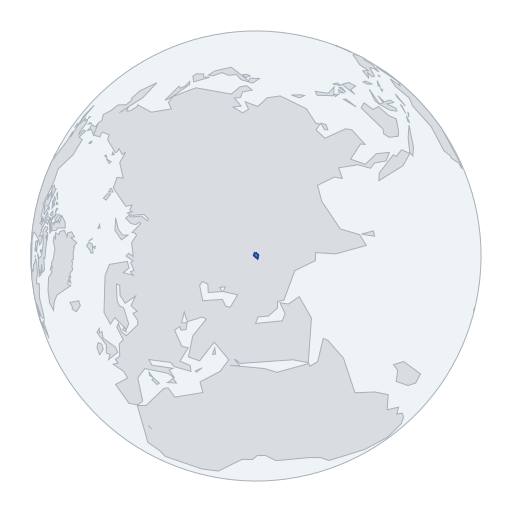 Samangan highlighted on a globe, orthographic projection, rotated 285°
{"feature_id": "AFG-1773", "entity_name": "Samangan", "entity_type": "Province", "adm_level": 1, "iso_a3": "AFG", "parent_name": "Afghanistan", "parent_adm1": "", "projection": "orthographic", "projection_center": [67.514, 36.0], "detail": "fine", "context": "on_globe", "style": "filled", "palette": "blue", "viewbox_px": 512, "rotation_deg": 285, "n_neighbors": 0, "source": "natural_earth", "source_scale": "10m", "svg_char_len": 11679}
<svg xmlns="http://www.w3.org/2000/svg" viewBox="0 0 512 512"><g transform="rotate(285 256 256)"><circle cx="256" cy="256" r="225" fill="#eef3f6" stroke="#a8b0b8"/><path d="M294.7,34.1L299.8,36.2L318.3,43.8L329.0,46.9L322.8,46.1L346.6,53.4L359.8,60.7L341.8,52.2L337.6,51.2L345.0,55.6L342.4,55.6L344.4,58.0L340.5,57.9L330.3,53.6L327.6,53.6L333.1,56.8L332.6,59.1L325.0,54.3L323.5,58.1L306.1,52.9L289.0,42.4L276.3,41.6L250.6,36.9L249.8,38.2L239.6,38.0L235.0,39.6L231.5,38.8L230.8,40.8L234.8,41.3L235.9,42.5L233.5,43.6L228.7,42.6L229.2,41.9L226.5,42.3L225.1,41.4L224.5,42.5L218.9,41.5L220.9,44.3L213.5,45.1L210.7,44.0L215.7,41.7L221.7,35.6L220.5,34.8L213.8,35.5L191.2,41.0L187.9,41.6L180.0,44.0L179.7,44.5L185.7,42.8L183.1,44.8L190.8,43.2L190.9,44.0L196.9,43.8L190.9,46.6L181.8,49.6L176.5,50.1L172.3,51.6L173.3,53.7L159.4,57.8L143.4,66.5L140.3,67.6L141.8,64.3L152.2,57.2L154.1,55.1L147.7,59.5L140.2,63.1L136.8,65.2L134.2,67.1L135.0,67.1L131.4,69.2L136.3,65.1L139.7,63.1L138.1,64.2L143.0,61.2L143.9,60.6L159.2,52.6L175.2,45.7L191.6,40.1L208.4,35.8L225.5,32.8L242.8,31.1L260.2,30.8L277.5,31.7L294.7,34.1ZM301.2,35.3L302.1,35.5L303.1,35.8L299.6,35.1L300.2,35.1L301.2,35.3ZM337.4,49.6L333.1,47.5L338.2,49.6L337.4,49.6ZM345.4,58.4L347.5,59.1L347.6,60.1L345.4,58.4ZM199.8,42.4L198.4,43.1L198.0,42.8L199.8,42.4ZM203.8,41.8L204.3,41.0L206.3,40.6L205.9,41.1L203.8,41.8ZM341.9,60.9L341.5,62.6L340.1,60.1L341.9,60.9ZM202.6,43.1L209.7,40.0L213.2,39.5L214.5,41.2L202.6,43.1ZM340.2,63.1L339.5,67.7L344.0,69.4L330.7,67.7L335.7,64.0L333.3,60.5L337.1,62.8L340.2,63.1ZM237.1,41.0L232.7,40.5L238.6,39.9L237.1,41.0ZM240.7,40.4L257.2,37.9L262.5,39.6L255.9,39.8L264.6,41.5L259.1,43.4L253.0,43.0L250.7,41.4L250.4,43.4L240.7,40.4ZM323.5,66.3L321.8,67.0L321.6,65.5L323.5,66.3ZM236.7,42.9L239.6,42.1L244.4,43.4L239.6,45.3L239.6,44.2L236.7,42.9ZM269.6,41.2L272.3,42.7L268.6,44.6L269.1,45.5L259.4,43.7L269.6,41.2ZM237.3,44.5L237.0,46.3L232.6,46.8L234.3,43.8L237.3,44.5ZM247.7,43.0L249.8,43.8L247.1,43.9L247.7,43.0ZM216.7,50.3L220.0,49.0L222.8,49.4L216.7,50.3ZM237.2,46.9L238.7,46.7L240.2,46.9L239.1,48.2L237.2,46.9ZM257.4,45.3L255.3,45.9L261.2,46.1L258.7,47.9L252.6,46.4L254.2,47.8L253.4,48.4L249.3,46.6L257.4,45.3ZM242.4,50.0L233.9,49.2L227.1,51.5L224.4,51.0L235.8,47.6L242.4,50.0ZM246.8,48.1L243.5,49.1L241.8,47.8L243.1,46.4L246.8,48.1ZM259.1,49.7L264.6,47.4L265.7,47.8L259.1,49.7ZM240.8,50.8L242.9,51.0L240.5,51.1L240.8,50.8ZM253.8,50.2L255.6,49.3L256.9,49.8L253.8,50.2ZM245.6,52.4L242.8,52.0L243.6,50.9L245.6,52.4ZM249.6,51.6L250.9,52.5L245.5,50.7L250.2,51.0L249.6,51.6ZM254.7,50.9L256.0,50.9L253.8,51.2L254.7,50.9ZM244.2,57.0L237.3,55.0L239.0,52.5L245.5,54.6L244.2,57.0ZM36.3,258.8L38.9,220.5L43.2,213.2L47.9,199.9L80.8,180.1L83.3,188.6L104.1,201.2L105.9,205.1L98.7,214.3L110.4,240.0L119.9,234.5L135.4,251.3L148.7,256.6L162.0,237.9L140.1,228.7L141.1,216.9L162.4,215.6L182.2,224.3L183.2,220.0L174.7,206.6L183.3,201.2L172.2,201.4L173.7,206.8L166.8,207.4L165.0,202.6L168.1,200.7L163.3,196.5L149.7,207.6L149.8,214.2L134.7,209.8L133.3,220.7L127.7,223.1L128.0,205.7L131.1,200.9L128.2,179.3L123.6,183.8L126.0,204.8L123.4,201.7L117.2,208.9L119.9,201.0L118.5,177.8L107.6,173.3L86.6,184.1L81.7,180.5L80.8,171.5L95.6,153.6L104.9,163.6L110.2,158.3L114.5,146.0L116.9,150.4L119.8,146.9L123.9,150.4L135.7,146.6L140.7,149.5L151.2,140.0L155.2,140.5L147.9,145.8L145.5,151.4L158.8,159.5L163.1,158.6L168.8,152.0L171.8,155.5L175.6,148.1L186.1,150.0L176.5,141.9L182.9,134.8L192.4,132.0L192.8,128.5L177.4,133.2L172.8,136.6L171.6,141.6L157.5,150.6L151.7,149.7L159.9,135.5L152.5,133.0L162.1,123.8L197.9,115.3L209.9,116.5L217.5,133.1L211.4,136.5L205.6,132.1L205.6,142.7L208.2,138.7L210.6,141.8L217.4,136.6L219.5,138.6L222.4,130.5L225.7,132.4L223.8,137.6L236.6,132.4L245.0,135.3L246.9,133.2L246.6,130.2L257.5,136.3L258.4,134.6L255.2,131.8L255.0,126.7L258.8,120.3L262.3,122.7L261.4,125.4L264.9,135.0L261.9,142.2L263.8,142.6L267.2,137.0L263.0,125.1L264.3,120.6L267.2,125.8L266.2,123.5L268.0,122.1L273.1,123.2L270.3,117.4L284.8,100.5L296.0,101.5L297.0,107.5L310.9,100.2L322.5,103.2L319.5,100.4L324.2,95.9L320.6,94.9L319.5,93.3L329.8,82.7L335.0,82.6L336.0,76.1L334.5,74.9L330.7,74.5L330.7,67.7L344.0,69.4L346.8,72.0L353.3,71.9L358.7,78.1L366.2,83.6L368.5,91.4L374.2,95.6L376.1,95.1L385.3,100.9L397.7,115.4L379.4,105.6L359.1,86.9L366.7,94.3L362.5,93.5L363.7,96.8L369.3,102.4L371.4,102.5L367.8,117.7L376.3,136.3L381.6,131.6L388.5,134.4L402.9,154.4L406.0,190.3L415.2,196.7L418.1,202.8L415.3,209.4L411.0,200.6L405.0,200.0L403.0,194.3L397.0,202.8L393.9,195.2L390.8,206.0L395.8,210.8L402.2,205.7L400.9,219.1L411.8,225.9L416.9,238.1L411.3,266.5L399.8,279.3L399.9,283.6L393.3,281.4L387.6,292.1L402.1,309.7L402.7,316.0L392.0,332.4L391.3,328.0L374.0,322.3L372.9,337.9L386.0,345.8L390.6,358.0L381.4,357.0L376.5,346.4L370.4,343.9L370.5,330.8L362.6,313.0L353.2,319.4L352.5,311.3L340.2,297.1L325.8,305.4L304.0,330.3L303.4,350.5L294.8,359.9L278.7,332.4L274.7,312.5L266.9,314.6L251.9,297.3L220.4,294.3L217.7,288.5L211.3,290.3L201.1,283.3L197.7,273.7L190.7,273.0L200.2,298.2L208.0,299.0L217.0,291.3L218.0,299.8L228.0,308.2L210.4,325.6L166.5,334.1L165.3,318.4L148.1,268.4L150.3,263.9L150.4,263.3L150.4,262.3L145.6,269.1L143.7,259.3L149.5,293.4L149.1,306.5L165.8,334.9L163.5,336.6L169.8,342.9L193.8,342.3L193.2,347.1L180.0,366.9L149.5,387.0L155.4,405.9L156.3,419.5L141.4,422.5L146.9,432.9L139.8,432.9L142.1,437.9L138.7,440.2L131.6,439.7L115.0,430.0L110.6,425.2L97.3,411.1L77.4,379.5L78.0,370.4L75.1,359.6L63.5,328.3L65.8,316.8L63.5,308.8L58.4,305.2L56.1,295.5L53.3,292.1L38.5,275.2L36.3,258.8ZM64.4,195.8L62.3,199.4L62.2,199.4L64.4,195.8ZM199.9,244.5L213.8,248.3L213.1,233.6L218.4,234.1L216.2,229.1L212.9,232.6L208.4,219.3L216.4,216.8L217.5,210.7L212.9,209.2L199.0,216.1L205.4,234.8L199.8,239.5L199.9,244.5ZM139.9,63.3L139.4,63.7L136.3,65.8L136.7,65.3L139.9,63.3ZM128.5,73.9L122.9,77.2L127.2,74.2L126.7,73.8L135.3,67.4L139.2,67.9L135.9,68.6L128.5,73.9ZM147.8,59.8L141.9,63.3L148.2,59.5L147.8,59.8ZM131.5,125.9L130.9,129.7L126.4,132.6L120.1,130.5L126.5,126.1L131.5,125.9ZM131.2,134.6L141.1,122.0L145.5,123.4L141.3,124.6L143.2,126.8L137.1,129.5L131.6,143.8L127.2,147.4L117.8,140.4L123.2,140.5L123.5,136.5L131.2,134.6ZM158.7,92.3L163.0,88.3L166.9,96.3L162.4,99.2L155.7,96.8L157.1,92.0L158.7,92.3ZM203.7,47.3L205.1,46.2L206.4,46.3L206.3,47.3L203.7,47.3ZM218.0,49.6L198.9,52.7L199.5,51.4L187.6,55.4L184.6,53.8L192.5,51.1L181.2,53.2L187.1,50.2L179.3,52.2L197.1,46.4L202.0,44.2L197.7,47.2L200.3,48.6L202.9,48.6L213.8,47.1L225.5,43.7L229.9,45.1L230.0,47.0L227.8,48.0L225.6,46.6L224.3,49.0L219.5,47.9L218.0,49.6ZM227.5,75.7L225.8,72.5L222.4,79.4L217.6,77.4L217.5,78.3L212.1,78.5L205.4,80.5L203.9,79.1L201.9,80.6L198.3,80.9L195.1,82.5L191.3,80.7L187.1,82.6L187.7,80.7L181.4,84.6L184.4,81.0L180.0,81.5L179.4,84.7L166.7,73.8L159.1,73.0L151.1,74.5L157.2,68.8L168.6,64.1L181.5,61.2L188.0,63.2L189.6,60.6L193.2,60.9L190.4,62.8L196.8,60.1L199.0,61.0L210.5,60.0L218.3,56.2L222.7,56.0L220.7,57.9L226.5,56.4L225.8,60.2L228.9,60.2L231.3,64.3L225.7,68.5L229.7,68.3L231.7,71.7L227.5,75.7ZM244.7,58.1L239.1,63.0L233.7,64.5L231.7,56.9L229.0,56.4L227.5,52.2L235.4,50.3L235.1,51.6L236.6,52.5L233.5,52.7L237.2,53.2L236.8,55.1L239.5,56.1L237.0,57.4L244.7,58.1ZM110.9,203.3L112.9,205.3L116.6,207.3L112.7,212.1L110.9,203.3ZM109.6,187.5L111.8,188.3L108.2,195.5L106.2,193.6L109.6,187.5ZM116.1,182.8L112.2,187.8L113.1,184.0L116.1,182.8ZM150.2,146.3L152.9,146.9L152.0,148.7L149.1,150.4L150.2,146.3ZM216.4,97.8L216.3,95.3L217.9,94.9L222.0,89.6L226.0,91.0L225.0,94.8L216.4,97.8ZM156.5,240.0L150.8,242.4L149.6,239.7L151.8,239.4L156.5,240.0ZM129.3,227.2L134.1,232.9L128.3,228.5L129.3,227.2ZM221.4,98.4L222.6,96.0L223.8,98.3L221.4,98.4ZM229.0,91.8L230.9,94.0L226.9,90.6L229.0,91.8ZM259.7,480.3L263.0,480.5L259.1,480.6L259.7,480.3ZM192.3,426.0L184.7,445.4L174.7,443.1L170.2,436.3L171.2,423.9L182.1,422.5L186.7,417.0L192.3,426.0ZM429.7,367.6L433.8,365.6L433.5,366.5L429.7,367.6ZM425.6,367.7L430.5,364.9L424.5,370.0L425.6,367.7ZM432.4,363.7L437.4,358.9L439.6,356.1L439.0,358.0L432.4,363.7ZM422.1,369.9L401.7,380.0L393.2,381.6L395.6,377.8L409.4,372.4L422.1,369.9ZM394.9,378.0L381.4,374.7L360.5,355.2L368.1,353.6L389.4,362.4L388.2,365.5L396.3,369.1L394.9,378.0ZM426.1,347.5L424.7,356.0L413.8,361.2L408.6,362.5L405.1,353.9L407.1,347.7L411.4,345.9L426.3,319.2L431.9,320.6L427.8,331.1L432.2,335.6L426.1,347.5ZM304.5,352.2L310.6,363.0L305.8,365.5L304.5,352.2ZM430.9,302.4L425.9,314.3L430.0,300.0L430.9,302.4ZM432.5,290.0L433.6,294.0L430.5,291.4L432.5,290.0ZM401.1,289.6L396.5,292.7L395.7,289.7L401.0,284.0L401.1,289.6ZM420.7,248.5L423.3,257.7L423.4,261.3L420.0,256.9L420.7,248.5ZM256.6,110.5L246.4,115.9L241.7,121.5L243.1,127.0L236.8,121.9L244.1,113.2L256.6,110.5ZM280.9,101.3L279.6,97.0L283.1,97.7L283.8,98.8L280.9,101.3ZM278.1,99.5L271.2,96.7L272.3,93.6L277.6,96.4L278.1,99.5ZM246.0,96.7L242.7,98.1L241.8,96.2L246.0,96.7ZM427.6,402.0L398.3,429.6L393.4,432.4L398.3,427.7L401.1,419.1L403.0,418.1L406.3,410.3L426.2,391.8L441.5,368.5L448.4,362.9L456.1,346.4L461.8,339.9L457.7,351.1L460.9,349.0L469.8,323.4L467.1,334.7L459.5,352.7L450.3,370.1L439.6,386.5L427.6,402.0ZM439.7,361.4L445.9,351.3L448.7,348.5L439.7,361.4ZM475.6,306.5L474.7,309.8L473.8,309.2L470.8,319.1L465.5,327.2L467.5,321.6L467.3,317.3L460.4,323.9L459.0,322.0L461.9,316.5L456.7,319.1L462.5,311.3L464.4,316.3L467.5,306.8L471.8,301.9L475.1,297.8L476.7,297.9L476.0,301.4L476.0,304.4L475.6,306.5ZM461.6,327.8L462.5,326.7L461.4,329.9L461.6,327.8ZM477.3,295.3L479.5,283.0L479.7,281.6L478.1,292.7L477.3,295.3ZM479.4,280.5L480.0,278.5L479.9,280.4L479.8,281.9L479.4,280.5ZM449.8,333.1L449.4,335.4L447.7,335.2L449.8,333.1ZM452.1,329.9L456.8,327.6L451.5,332.1L452.1,329.9ZM435.1,335.5L436.9,339.4L442.4,332.3L438.1,339.9L441.4,345.3L439.9,349.3L436.8,343.1L434.9,353.0L432.4,354.5L431.5,347.7L434.3,336.5L436.7,330.8L446.4,322.2L435.1,335.5ZM452.2,323.9L450.8,319.2L451.8,314.4L453.3,316.2L452.2,323.9ZM445.9,308.3L441.2,304.3L437.7,309.6L444.1,294.5L447.6,300.8L445.9,308.3ZM440.8,295.5L437.6,300.4L440.4,292.1L440.8,295.5ZM436.3,298.6L435.2,293.9L438.1,292.7L436.3,298.6ZM442.6,294.4L441.9,285.5L444.1,289.4L442.6,294.4ZM431.9,283.6L439.5,287.7L430.9,289.5L427.1,273.4L430.4,270.7L431.9,283.6ZM428.5,203.7L425.7,199.6L427.8,196.3L429.1,200.0L428.5,203.7ZM431.9,183.2L427.4,194.1L423.3,203.5L426.2,204.1L428.3,213.3L422.1,208.1L422.5,195.8L426.2,190.2L423.5,182.9L424.3,175.6L419.1,168.0L418.4,163.2L424.2,168.5L431.9,183.2ZM416.7,165.0L408.0,150.7L413.4,148.5L416.5,151.1L418.2,158.4L415.3,159.1L416.7,165.0ZM407.5,146.8L404.5,147.5L385.5,131.5L382.9,127.7L400.2,137.8L398.3,139.2L402.0,143.8L407.5,146.8ZM324.0,68.1L322.0,67.1L324.3,67.2L324.0,68.1ZM317.4,92.9L316.4,90.7L319.2,90.7L317.4,92.9ZM314.9,85.0L312.5,86.5L313.6,83.9L314.9,85.0ZM307.4,90.2L310.9,86.6L309.7,91.6L307.4,90.2Z" fill="#d9dde1" stroke="#a8b0b8" stroke-width="1"/><path d="M256.5,253.5L256.8,253.6L257.0,253.7L257.8,253.8L258.1,253.7L258.3,253.7L258.2,253.8L258.1,254.0L258.3,254.4L258.6,254.8L258.7,255.0L258.8,255.0L259.1,255.2L259.2,255.3L259.1,255.6L258.7,256.0L258.6,256.4L258.5,256.6L258.1,257.2L258.0,257.3L258.1,257.5L258.0,257.8L257.8,258.1L257.6,258.2L257.4,258.2L257.1,258.2L256.9,258.1L256.7,258.2L256.3,258.1L256.2,258.1L255.6,258.3L255.5,258.2L255.4,258.2L255.0,258.3L254.8,258.4L254.5,258.5L254.4,258.5L254.1,258.5L253.8,258.4L254.0,258.3L254.3,258.1L254.3,257.9L254.3,257.7L254.4,257.4L254.4,257.2L254.1,257.1L254.1,256.9L254.3,256.7L254.5,256.6L254.6,256.4L254.8,256.2L254.7,256.0L254.7,255.9L254.6,255.7L254.9,255.5L255.0,255.4L255.3,255.3L255.4,255.2L255.5,255.0L255.5,254.9L255.6,254.7L255.6,254.4L255.7,254.1L255.6,253.9L255.6,253.7L255.8,253.6L256.0,253.5L256.3,253.5L256.5,253.5L256.5,253.5Z" fill="#3b82f6" stroke="#1e3a8a" stroke-width="1.5"/></g></svg>